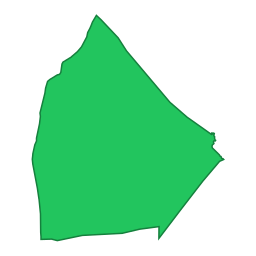 outline of YobokiI, Dikhil, Djibouti
{"feature_id": "41766387B74076707162819", "entity_name": "YobokiI", "entity_type": "district", "adm_level": 2, "iso_a3": "DJI", "parent_name": "Djibouti", "parent_adm1": "Dikhil", "projection": "equal_earth", "projection_center": [42.146, 11.584], "detail": "fine", "context": "isolated", "style": "filled", "palette": "green", "viewbox_px": 256, "rotation_deg": 0, "n_neighbors": 0, "source": "geoboundaries", "source_scale": "gbopen_adm2", "svg_char_len": 1059}
<svg xmlns="http://www.w3.org/2000/svg" viewBox="0 0 256 256"><path d="M96.4,15.4L92.5,22.0L91.1,25.6L89.9,28.4L87.7,32.5L86.8,36.9L81.5,46.9L77.4,51.7L71.9,56.4L71.2,57.1L63.0,62.1L62.0,64.0L60.8,72.5L59.5,74.4L57.3,74.9L50.0,79.4L49.6,79.7L47.6,81.4L45.6,88.1L44.9,93.3L44.7,94.0L40.0,113.0L40.4,116.2L40.3,117.4L39.5,123.9L36.5,138.1L36.5,141.0L34.8,144.9L32.9,153.6L32.6,156.7L32.3,159.2L32.8,164.0L37.4,188.3L38.6,196.6L39.1,199.8L40.5,213.9L40.7,232.5L41.0,236.6L41.0,237.3L41.0,239.4L51.6,239.1L57.3,240.6L82.3,235.4L122.2,233.3L139.5,229.2L159.0,226.6L158.9,238.4L179.8,210.9L202.9,181.0L219.6,161.3L223.7,159.5L223.0,158.7L221.6,158.3L221.0,156.5L219.9,156.0L219.4,154.9L212.4,148.0L212.0,146.6L212.3,145.0L213.9,143.6L213.4,141.8L213.8,141.0L215.3,140.9L215.6,140.3L215.0,139.9L214.5,138.0L214.7,136.9L214.5,136.5L213.8,135.7L214.3,133.5L213.6,133.1L212.7,133.9L212.0,132.9L211.6,133.1L211.4,134.3L210.7,133.9L198.0,124.9L187.1,117.2L169.9,102.3L126.5,50.9L118.1,37.8L101.1,19.8L96.4,15.4Z" fill="#22c55e" stroke="#15803d" stroke-width="1.5"/></svg>